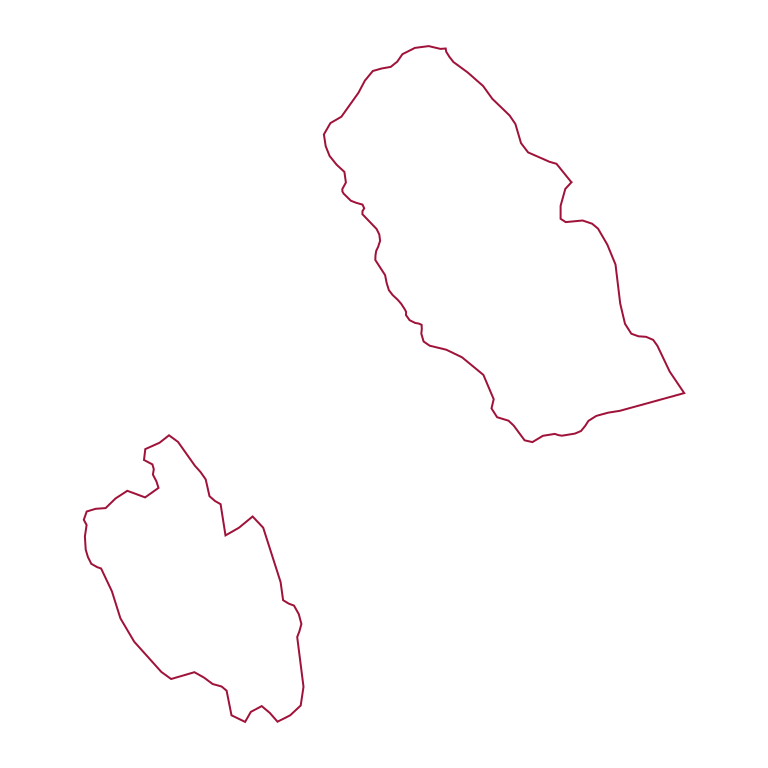 SVG path tracing the border of Emberá
{"feature_id": "PAN-3455", "entity_name": "Emberá", "entity_type": "Indigenous Territory", "adm_level": 1, "iso_a3": "PAN", "parent_name": "Panama", "parent_adm1": "", "projection": "mercator", "projection_center": [-77.827, 8.183], "detail": "fine", "context": "isolated", "style": "outline", "palette": "rose", "viewbox_px": 768, "rotation_deg": 0, "n_neighbors": 0, "source": "natural_earth", "source_scale": "10m", "svg_char_len": 2142}
<svg xmlns="http://www.w3.org/2000/svg" viewBox="0 0 768 768"><path d="M571.5,182.2L565.3,188.9L560.6,205.8L560.6,218.8L565.7,222.1L582.6,220.5L592.1,223.7L598.0,228.6L607.3,244.6L615.5,264.5L620.2,303.5L625.0,323.8L631.3,333.7L638.5,336.3L646.0,336.8L653.2,339.9L657.4,345.8L669.7,371.6L684.2,393.1L683.8,393.2L619.9,410.8L608.0,412.7L596.3,415.9L588.5,420.8L585.1,426.0L581.0,431.0L574.9,433.6L561.9,435.7L558.3,435.1L554.8,433.9L542.9,435.8L532.4,442.1L524.6,440.3L513.7,425.6L508.5,420.7L497.1,417.2L491.5,408.4L493.7,399.2L483.4,374.9L462.0,357.3L446.2,349.7L429.7,345.7L423.6,341.5L421.3,333.6L421.8,329.1L421.6,324.8L418.6,323.5L415.3,323.0L409.6,320.2L406.0,315.1L406.1,312.0L405.2,310.0L401.2,303.8L397.8,299.9L392.5,294.9L388.9,290.2L386.6,282.8L385.1,275.1L375.3,260.0L375.5,255.2L376.2,250.9L378.1,246.9L380.1,240.8L379.3,234.5L376.6,229.0L362.4,214.2L362.5,211.1L364.2,208.3L362.5,204.6L356.2,202.8L350.8,200.7L343.7,193.7L342.4,191.5L342.4,190.5L342.3,189.1L345.9,182.5L344.4,171.9L336.7,164.8L329.6,156.0L325.7,146.2L323.9,134.4L330.4,123.1L341.4,116.7L358.5,92.7L364.9,80.6L372.8,71.0L381.6,68.5L390.7,66.9L397.3,61.6L402.4,54.2L414.9,47.9L428.7,46.1L440.5,48.9L445.7,48.5L446.2,51.7L449.3,56.7L453.4,62.0L467.6,72.4L483.1,86.0L492.3,98.8L509.6,115.5L515.4,124.0L521.0,143.1L528.1,152.4L549.5,161.8L556.5,163.8L571.2,182.0L571.5,182.2ZM169.0,435.3L178.0,441.9L195.0,465.9L200.5,472.0L205.7,479.4L209.5,496.2L215.0,501.0L220.6,504.2L225.5,535.4L239.0,527.7L252.6,516.5L263.2,527.7L280.6,582.1L283.1,600.2L288.7,603.6L294.0,605.6L298.8,614.2L301.4,624.0L299.3,631.6L297.2,637.0L303.5,686.8L300.7,705.5L290.2,715.3L277.5,721.7L269.8,712.9L261.7,706.1L250.8,711.9L245.1,721.9L231.5,715.3L226.6,690.7L221.6,686.5L212.6,684.0L204.0,677.6L194.4,672.2L171.1,679.0L161.3,671.9L134.2,641.7L120.4,618.3L111.9,591.3L101.1,568.5L97.1,567.1L91.3,563.8L87.9,557.0L85.7,549.6L84.9,536.4L86.6,525.0L83.8,519.8L86.7,511.5L95.7,508.8L105.6,508.1L115.6,498.4L127.3,490.8L145.1,497.4L158.5,487.9L156.4,481.3L152.9,474.6L153.8,469.2L152.4,464.4L144.0,460.0L145.3,449.1L159.6,442.7L169.0,435.3Z" fill="none" stroke="#9f1239" stroke-width="2"/></svg>